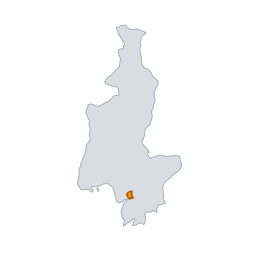 Hwangju, Hwanghae-bukto, North Korea shown in context, rotated 319°
{"feature_id": "82179303B1056018992840", "entity_name": "Hwangju", "entity_type": "district", "adm_level": 2, "iso_a3": "PRK", "parent_name": "North Korea", "parent_adm1": "Hwanghae-bukto", "projection": "mercator", "projection_center": [125.698, 38.725], "detail": "fine", "context": "in_parent", "style": "filled", "palette": "amber", "viewbox_px": 256, "rotation_deg": 319, "n_neighbors": 0, "source": "geoboundaries", "source_scale": "gbopen_adm2", "svg_char_len": 3881}
<svg xmlns="http://www.w3.org/2000/svg" viewBox="0 0 256 256"><g transform="rotate(319 128 128)"><path d="M148.5,183.6L147.7,184.0L146.3,186.6L144.9,189.9L143.6,191.7L142.1,192.6L140.5,193.2L137.3,193.5L134.4,193.2L133.5,192.9L129.5,193.1L128.4,193.3L122.6,193.1L119.6,193.3L117.7,194.0L115.8,195.3L114.1,197.3L112.7,199.4L109.7,203.3L107.6,205.1L107.6,207.9L107.5,208.7L106.8,209.3L106.5,209.0L105.3,208.8L100.5,206.3L96.5,207.8L95.5,209.8L94.4,210.4L92.8,206.6L90.2,206.5L86.1,203.1L84.3,203.8L83.8,205.1L81.6,208.2L78.4,210.8L77.4,211.2L76.2,211.0L76.4,210.3L75.1,207.4L70.0,206.2L68.2,205.0L67.3,204.7L72.2,201.5L73.5,200.9L72.6,200.1L71.5,199.8L67.5,200.3L65.4,199.2L62.3,199.5L60.2,198.7L64.6,195.5L64.8,193.6L64.7,192.2L67.0,188.0L69.2,185.6L75.0,182.3L77.6,181.8L79.4,181.9L80.9,181.6L79.3,180.4L77.8,179.8L74.8,179.9L71.7,178.0L71.4,175.9L77.4,163.1L77.5,161.9L76.6,158.7L76.3,155.7L71.9,153.9L70.0,153.7L64.4,150.2L62.2,148.5L61.3,149.0L61.2,151.8L60.4,152.4L58.9,152.9L58.2,149.7L57.0,147.4L53.3,145.1L52.0,143.8L52.6,141.0L52.3,140.8L52.9,137.6L55.2,135.2L60.7,130.9L62.1,128.8L64.9,126.4L66.2,126.5L67.5,126.3L67.9,125.2L68.2,124.4L69.4,123.7L72.1,122.4L75.1,120.6L77.6,120.1L80.6,117.5L81.8,116.4L83.1,116.4L83.4,115.8L84.1,114.5L85.1,113.6L86.4,113.4L88.6,112.8L91.3,112.4L93.2,110.2L93.8,108.6L95.1,106.9L97.7,105.0L99.5,102.2L101.5,99.1L102.4,98.1L103.4,97.9L103.9,96.8L104.5,93.5L105.5,90.4L106.0,88.9L108.3,87.2L108.9,86.4L109.4,86.2L110.5,86.4L111.9,85.4L113.3,84.4L114.5,84.7L115.7,85.6L117.0,87.4L117.6,88.8L118.7,89.9L118.9,91.6L119.9,92.4L122.1,92.8L125.7,93.9L128.0,94.0L129.3,94.8L132.1,95.3L137.6,94.6L139.9,95.0L140.8,96.1L142.2,96.9L143.1,97.0L144.4,95.5L145.7,93.2L146.5,91.4L146.5,89.9L145.7,88.4L143.9,87.0L142.7,84.8L141.6,82.5L140.9,81.7L140.4,80.6L140.3,78.9L140.6,77.7L143.4,76.9L146.9,76.5L149.8,77.0L154.6,76.6L157.5,76.0L159.7,76.1L161.7,76.1L162.6,75.1L165.4,72.7L166.8,71.9L168.2,70.2L168.5,68.6L168.8,67.2L169.6,65.7L171.1,63.9L172.3,63.1L173.7,63.2L175.2,64.0L176.1,64.9L177.2,64.6L178.0,63.2L178.6,62.9L180.3,62.8L180.8,61.9L181.5,57.7L182.1,54.4L182.2,52.1L183.7,48.2L184.2,45.9L185.1,44.8L186.1,44.9L187.0,45.6L188.1,46.0L189.5,45.6L190.5,46.2L191.2,47.5L193.3,48.3L193.5,49.0L193.5,53.1L194.6,55.1L196.2,56.8L198.3,58.4L199.5,58.8L200.2,60.0L200.8,61.9L202.4,63.9L203.2,65.3L203.3,66.7L204.0,67.5L202.8,68.4L201.2,67.9L198.5,67.6L195.1,70.4L193.2,71.4L191.9,74.2L189.2,75.8L187.7,77.6L185.8,80.6L184.6,83.6L181.7,86.6L180.0,90.3L179.9,93.6L181.8,96.9L181.9,99.7L180.6,105.4L181.3,111.5L180.5,113.9L171.7,118.0L169.4,120.1L166.2,125.5L162.2,127.4L159.8,129.6L156.4,130.9L154.2,134.7L151.8,136.8L149.0,138.1L146.9,139.8L142.1,139.9L138.8,141.0L136.4,144.1L129.2,147.7L128.2,150.4L128.7,154.5L128.7,157.7L128.1,160.3L126.5,159.6L125.7,160.4L124.8,162.8L125.0,165.5L127.5,166.4L129.5,167.5L132.3,168.1L134.4,169.4L138.9,175.1L142.5,177.6L143.5,178.6L145.5,179.8L147.5,181.8L148.5,183.6ZM65.3,155.4L64.0,156.3L63.9,154.7L65.0,153.3L66.0,153.1L65.3,155.4Z" fill="#d9dde1" stroke="#a8b0b8" stroke-width="1"/><path d="M83.0,177.8L83.3,178.0L83.4,178.3L83.4,178.5L83.4,178.8L83.3,179.0L83.2,179.2L83.1,179.3L83.0,179.5L82.9,179.6L82.8,179.8L82.7,180.0L82.5,180.3L82.4,180.3L82.2,180.3L82.2,180.2L82.2,180.3L82.3,180.5L82.5,180.8L82.5,181.0L82.4,181.2L82.4,181.3L82.3,181.5L82.4,181.8L82.7,182.2L82.7,182.5L82.8,182.7L82.8,182.8L83.1,182.9L83.4,182.9L83.7,183.0L84.3,183.2L84.7,183.4L85.0,183.5L85.4,183.8L85.7,184.0L86.1,184.0L86.2,183.9L86.4,183.7L86.3,183.3L86.1,183.1L85.9,182.9L85.7,182.5L85.4,182.2L85.8,182.0L86.1,181.8L86.5,181.5L86.9,181.4L87.3,181.0L87.2,180.5L87.4,180.1L87.8,179.7L88.1,179.7L88.4,179.4L88.7,179.1L89.0,178.6L89.3,178.1L89.2,178.0L88.1,177.6L87.5,177.2L87.4,177.1L87.2,177.0L86.9,177.0L86.1,176.9L85.3,176.9L84.6,176.9L84.2,177.1L83.5,177.4L83.0,177.8Z" fill="#f59e0b" stroke="#b45309" stroke-width="1.5"/></g></svg>